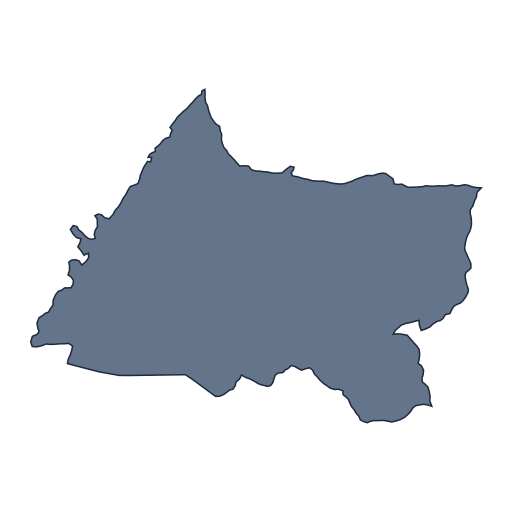 Santa Maria Madalena, Rio de Janeiro, Brazil
{"feature_id": "56859067B84707497106597", "entity_name": "Santa Maria Madalena", "entity_type": "district", "adm_level": 2, "iso_a3": "BRA", "parent_name": "Brazil", "parent_adm1": "Rio de Janeiro", "projection": "orthographic", "projection_center": [-41.908, -21.952], "detail": "fine", "context": "isolated", "style": "filled", "palette": "slate", "viewbox_px": 512, "rotation_deg": 0, "n_neighbors": 0, "source": "geoboundaries", "source_scale": "gbopen_adm2", "svg_char_len": 4242}
<svg xmlns="http://www.w3.org/2000/svg" viewBox="0 0 512 512"><path d="M294.1,167.2L290.3,166.3L286.6,169.0L282.0,172.9L277.1,173.2L271.7,173.0L267.5,171.9L264.4,171.8L259.4,171.1L255.9,171.0L251.6,169.8L248.5,166.0L243.7,165.8L239.6,166.0L237.2,163.2L234.3,159.8L230.9,156.3L228.4,154.0L226.8,150.7L223.8,147.4L222.2,143.0L221.4,139.5L221.7,134.5L220.3,130.9L219.6,126.3L216.7,124.6L214.4,122.3L211.3,117.7L209.8,114.0L208.5,109.9L207.5,105.6L205.6,102.3L205.0,97.5L205.1,93.2L204.8,89.3L201.9,90.9L201.5,94.2L198.3,96.1L195.4,98.9L192.6,102.3L190.2,104.7L187.3,108.2L183.6,111.2L180.7,114.0L177.6,116.9L175.5,120.1L172.7,123.7L170.0,127.4L172.2,130.4L170.5,133.7L169.8,137.1L166.2,138.1L162.8,140.4L160.2,143.9L157.6,146.3L155.1,148.2L155.3,151.5L152.0,152.8L149.5,154.6L148.0,157.4L151.6,157.4L150.6,161.8L147.5,161.4L145.7,164.2L143.9,166.9L141.9,171.5L140.2,175.8L139.5,179.4L137.9,183.6L133.7,185.3L130.3,186.5L127.8,190.6L125.8,194.6L123.1,198.3L120.8,203.1L118.2,207.1L115.3,210.2L113.0,214.5L109.1,218.8L104.6,217.7L101.6,214.8L98.2,214.1L94.9,215.7L97.2,218.9L97.3,222.9L97.4,226.9L95.3,230.1L94.2,234.5L95.3,238.3L91.7,239.4L88.0,238.3L84.6,235.4L82.2,232.6L78.6,229.7L76.9,226.5L73.2,225.6L70.4,229.3L72.9,233.8L76.4,237.5L80.9,238.9L80.0,242.7L77.8,246.8L81.3,251.0L84.0,255.2L88.4,253.2L88.6,257.7L86.0,261.5L81.8,265.0L78.9,260.8L75.9,259.8L71.7,260.0L68.8,262.1L69.5,265.4L69.5,270.3L68.0,274.9L70.8,276.6L73.4,280.3L73.0,284.3L71.0,287.7L67.7,287.9L64.6,287.9L62.2,289.8L58.2,291.4L55.5,294.9L53.2,300.0L52.9,305.2L50.4,308.6L48.5,312.1L45.3,313.3L42.5,315.6L39.1,317.6L37.0,322.8L37.8,328.2L39.1,331.4L37.2,334.3L32.4,336.3L30.7,341.8L32.2,346.5L36.6,346.9L41.6,345.8L46.1,344.0L50.4,344.4L55.6,344.2L60.0,343.8L64.4,343.8L68.7,343.4L72.5,346.0L71.7,350.5L70.1,355.1L68.3,359.2L67.4,363.6L99.2,371.9L104.1,372.7L119.0,375.4L128.2,375.5L185.4,374.7L192.2,379.2L215.6,396.4L219.7,396.2L223.7,394.5L226.8,392.3L229.3,390.2L233.0,389.2L235.3,385.5L236.1,381.9L239.5,379.1L241.5,375.0L245.6,377.4L250.1,379.0L255.0,381.6L257.9,383.5L260.8,384.7L264.4,385.5L267.4,386.4L270.6,385.6L272.9,382.5L274.1,378.3L275.5,374.8L278.4,373.0L282.8,372.6L285.4,369.8L288.2,368.4L291.4,365.5L295.0,366.6L298.1,368.4L301.5,370.2L305.4,368.8L309.6,367.8L312.5,370.0L314.5,374.2L317.6,377.2L319.7,379.9L323.6,383.5L327.3,386.0L330.1,388.1L334.5,389.5L338.3,389.2L342.8,390.7L343.1,394.7L346.1,397.1L348.3,399.3L349.7,402.7L351.6,406.7L354.0,409.5L356.1,413.1L358.8,416.2L360.3,419.8L363.7,421.6L367.3,422.7L370.1,421.4L373.7,420.6L377.9,420.6L383.6,420.4L388.6,421.3L391.7,422.0L395.5,421.1L400.1,419.7L404.5,417.4L407.7,414.6L410.5,411.7L412.6,408.2L415.7,405.7L419.5,404.9L423.8,404.3L428.2,405.1L431.8,406.3L429.8,401.0L430.1,396.4L429.3,391.9L428.0,387.1L424.9,384.0L422.3,382.0L422.0,378.3L423.1,374.7L423.6,370.1L421.5,365.9L418.1,363.3L419.1,359.7L419.7,354.5L419.1,349.4L416.9,346.1L414.4,343.4L410.7,339.2L407.2,335.2L401.4,334.1L396.9,333.8L393.2,334.4L395.5,330.1L398.6,327.6L401.2,325.1L406.4,323.3L411.6,322.3L415.5,321.1L419.0,320.3L419.4,325.3L421.2,330.5L425.6,329.0L429.8,327.0L432.9,324.0L437.2,321.3L440.3,320.6L443.0,318.5L445.3,314.6L449.9,313.6L452.0,309.2L453.9,306.2L456.8,304.5L460.5,303.0L463.3,300.3L466.1,296.3L468.1,292.2L468.3,288.9L467.0,285.6L466.0,281.7L465.0,276.4L465.8,272.6L468.5,270.5L470.9,268.2L470.9,263.8L469.3,260.0L467.9,257.0L466.7,254.0L465.2,251.0L464.6,247.7L465.4,242.8L466.6,237.7L468.0,234.5L469.7,231.5L470.8,228.2L471.5,224.0L471.3,218.4L470.3,213.8L470.2,209.9L472.8,206.0L474.6,200.7L476.4,197.1L477.0,192.4L481.3,187.9L475.6,187.5L471.7,186.6L468.5,185.4L464.5,184.7L459.9,185.7L455.7,186.0L452.0,184.8L448.7,185.4L445.3,186.0L441.9,185.9L438.1,185.8L434.0,186.2L429.3,186.1L426.2,185.7L422.7,186.6L416.4,187.1L411.4,187.2L408.3,187.3L405.4,186.0L401.8,184.1L397.6,184.5L394.2,183.9L393.0,178.8L388.6,175.7L385.7,173.5L382.6,173.1L378.2,173.9L372.8,175.6L366.7,175.5L362.6,177.0L358.5,178.3L354.9,179.7L351.9,181.2L348.7,182.3L345.0,183.5L341.4,184.0L338.4,183.9L334.1,183.4L328.5,182.3L323.4,181.1L319.6,181.2L316.0,181.0L312.1,180.7L308.2,179.4L304.6,178.8L301.1,177.9L297.8,176.8L292.7,176.0L291.1,172.8L293.1,170.5L294.1,167.2Z" fill="#64748b" stroke="#1e293b" stroke-width="1.5"/></svg>